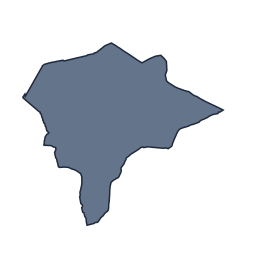 Abu Jubayhah, South Kordufan, Sudan (Mercator projection), rotated 258°
{"feature_id": "16777658B72808091845483", "entity_name": "Abu Jubayhah", "entity_type": "district", "adm_level": 2, "iso_a3": "SDN", "parent_name": "Sudan", "parent_adm1": "South Kordufan", "projection": "mercator", "projection_center": [31.566, 10.99], "detail": "fine", "context": "isolated", "style": "filled", "palette": "slate", "viewbox_px": 256, "rotation_deg": 258, "n_neighbors": 0, "source": "geoboundaries", "source_scale": "gbopen_adm2", "svg_char_len": 3785}
<svg xmlns="http://www.w3.org/2000/svg" viewBox="0 0 256 256"><g transform="rotate(258 128 128)"><path d="M182.6,34.2L182.2,33.8L181.7,33.3L181.6,33.2L180.6,32.2L180.4,32.0L180.3,31.9L180.0,31.5L179.9,31.5L179.7,31.3L179.7,31.2L179.7,31.3L170.9,38.0L162.3,44.6L161.8,45.4L160.4,45.2L159.2,46.0L156.3,46.0L155.2,46.5L154.2,46.4L153.3,46.2L152.0,46.8L150.5,46.6L149.7,47.4L148.7,47.5L146.9,47.5L145.7,48.0L143.7,47.9L142.3,48.0L139.7,49.5L139.0,48.4L138.7,47.4L137.3,45.9L136.3,45.0L134.8,44.5L133.4,43.8L132.2,43.2L131.2,43.2L128.9,42.1L128.3,43.0L127.9,45.1L127.4,46.5L127.2,48.0L126.2,49.9L124.9,51.2L124.4,52.1L123.8,53.2L122.0,53.0L119.3,51.1L114.0,51.1L112.6,51.7L111.7,51.7L108.3,51.8L104.4,51.9L104.2,52.3L103.7,53.1L103.5,53.4L103.5,53.6L103.5,53.8L103.4,55.1L103.4,55.3L103.3,55.9L103.1,57.1L102.8,58.5L102.6,59.1L102.5,59.4L102.4,59.7L102.3,60.0L102.1,60.6L102.0,61.1L101.8,61.6L101.6,61.9L101.1,62.6L100.2,63.7L99.9,64.1L99.7,64.4L99.6,64.6L99.5,64.8L99.4,65.0L99.1,65.5L98.8,66.0L98.3,67.0L98.1,67.3L97.9,67.5L97.7,67.7L97.4,68.1L97.0,68.5L96.5,69.1L95.6,70.0L95.0,70.6L93.2,72.2L92.3,72.3L90.5,72.6L89.9,72.7L89.4,72.5L89.1,72.5L88.4,72.3L88.0,72.2L87.7,72.2L86.3,72.0L85.4,71.8L84.9,71.8L84.7,71.7L84.3,71.6L83.2,71.2L82.5,71.0L81.4,70.6L81.2,70.5L80.4,70.2L79.9,69.9L79.0,69.5L77.7,69.0L77.5,68.8L77.4,68.8L77.0,68.6L75.7,67.9L75.0,67.6L73.2,67.4L71.9,67.2L70.8,66.4L67.9,66.3L66.2,66.2L63.8,66.2L62.4,67.3L60.7,67.3L59.7,66.1L58.5,66.1L55.0,66.2L54.5,67.1L53.5,67.2L52.4,67.3L50.7,67.3L49.5,67.7L48.0,68.2L44.9,67.7L41.4,67.7L41.7,75.0L42.3,75.8L42.1,78.7L43.8,80.7L45.3,82.1L46.5,83.7L47.3,85.4L49.0,87.2L50.1,88.8L50.4,89.5L50.7,90.4L51.8,91.6L53.9,92.5L55.5,92.8L57.8,93.4L59.8,94.3L62.6,95.0L65.9,96.0L68.4,96.6L71.1,97.3L74.0,98.2L75.6,98.8L77.1,99.6L78.4,100.2L79.2,101.6L79.9,102.9L80.8,105.5L81.5,108.0L82.4,109.1L83.9,110.2L86.4,112.0L88.0,112.6L89.7,112.7L90.8,113.2L92.2,114.9L93.7,116.6L95.6,117.8L97.2,119.1L99.4,120.5L100.1,122.5L101.9,125.6L102.8,128.2L105.3,134.8L106.3,136.7L106.2,138.6L105.5,139.5L105.6,141.9L105.1,144.8L104.1,147.8L104.0,148.0L103.9,148.3L103.9,148.5L103.5,149.8L103.3,150.3L103.1,150.9L102.9,151.7L102.2,153.8L102.1,154.4L102.0,154.5L102.0,154.8L100.8,158.4L100.6,161.0L99.4,163.0L99.9,164.0L100.0,164.2L100.0,164.3L100.5,165.7L101.1,166.9L102.1,167.7L103.5,168.2L104.6,169.1L106.6,170.3L108.5,171.7L111.1,173.6L112.8,174.8L114.3,176.0L115.3,177.1L116.3,178.7L116.8,181.5L117.0,184.6L117.3,187.9L117.9,189.4L118.0,192.5L118.3,194.3L118.3,194.7L118.4,195.3L118.5,195.9L118.5,196.5L118.6,197.0L119.0,198.5L119.1,199.1L120.0,200.1L120.5,201.6L120.9,204.2L121.4,206.2L121.8,208.1L122.6,209.6L123.2,212.3L123.6,214.5L123.4,218.9L124.7,219.8L124.4,220.8L124.9,222.5L125.8,224.8L127.8,222.4L134.6,213.5L137.9,209.2L142.2,204.2L143.7,202.7L144.6,201.8L145.4,200.3L146.5,198.9L148.5,197.1L149.8,196.1L151.1,194.8L151.7,193.3L153.0,190.8L153.1,190.7L156.5,185.2L158.6,182.4L163.8,177.1L166.1,175.5L172.1,175.5L176.2,178.0L185.2,179.4L188.8,177.6L192.3,175.2L192.5,169.6L192.0,167.3L191.9,166.6L191.8,166.2L191.7,165.8L191.7,165.6L191.7,165.4L191.6,165.1L191.6,164.8L191.5,164.7L191.2,163.2L188.8,155.2L192.1,151.7L200.1,144.0L204.5,139.5L207.4,136.9L209.6,134.5L210.4,133.9L211.3,133.0L214.6,129.4L213.7,125.0L213.4,123.1L212.5,120.9L211.3,118.8L211.0,117.9L210.5,117.1L210.1,116.6L209.7,115.1L208.6,113.3L208.4,111.2L208.4,110.6L207.7,109.5L207.8,107.8L207.8,106.5L207.9,105.6L207.9,103.7L207.3,102.5L207.3,100.0L207.3,98.7L207.2,95.9L207.2,93.7L207.1,89.5L207.0,85.9L206.9,82.2L206.9,80.1L206.9,79.4L207.8,78.5L208.0,70.7L207.9,71.0L208.1,66.8L207.9,63.2L207.9,62.8L207.9,62.6L207.8,62.1L207.7,59.8L207.3,58.7L206.5,57.1L205.9,56.8L205.0,56.0L185.6,38.8L180.5,34.2L182.6,34.2Z" fill="#64748b" stroke="#1e293b" stroke-width="1.5"/></g></svg>